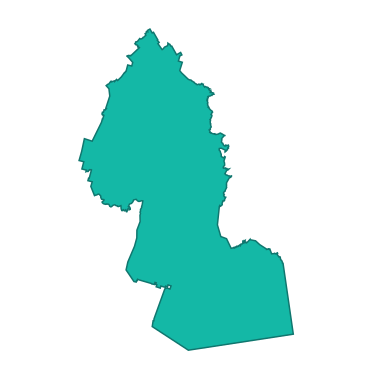 Meander Valley, Tasmania, Australia, rotated 276°
{"feature_id": "25037944B18161391001525", "entity_name": "Meander Valley", "entity_type": "district", "adm_level": 2, "iso_a3": "AUS", "parent_name": "Australia", "parent_adm1": "Tasmania", "projection": "orthographic", "projection_center": [146.595, -41.65], "detail": "fine", "context": "isolated", "style": "filled", "palette": "teal", "viewbox_px": 384, "rotation_deg": 276, "n_neighbors": 0, "source": "geoboundaries", "source_scale": "gbopen_adm2", "svg_char_len": 6083}
<svg xmlns="http://www.w3.org/2000/svg" viewBox="0 0 384 384"><g transform="rotate(276 192 192)"><path d="M251.0,219.2L251.8,218.6L251.8,217.9L252.9,215.9L252.9,215.4L253.6,214.3L253.2,213.1L252.4,212.2L251.7,209.8L251.7,209.3L252.4,208.7L252.3,208.2L251.9,208.2L252.6,204.5L253.0,204.6L253.2,203.4L254.2,203.6L255.5,202.6L256.2,203.7L257.3,203.5L258.7,204.3L261.0,203.3L261.6,203.6L262.0,203.1L264.1,202.7L264.8,203.0L266.0,202.3L266.8,203.1L267.6,202.9L268.1,203.4L269.0,203.7L270.4,203.8L271.0,202.8L272.5,203.5L272.9,203.4L273.6,204.1L274.6,203.5L275.4,202.0L277.0,200.3L277.5,200.2L278.0,199.3L278.3,199.7L280.1,198.4L281.2,198.5L281.5,198.1L282.7,198.4L284.5,197.4L284.7,197.8L285.6,197.4L285.7,197.8L286.9,197.6L287.1,198.1L288.0,198.3L288.5,197.8L288.8,198.1L289.6,200.5L290.4,201.4L290.3,201.8L291.0,201.9L291.5,203.5L291.9,203.1L292.5,203.2L292.9,202.3L292.9,199.7L293.6,199.8L293.7,200.4L294.0,200.5L294.7,199.5L295.2,199.9L295.5,198.1L296.6,197.8L296.7,198.1L296.9,197.4L297.5,197.2L297.4,196.2L297.9,196.0L297.8,195.5L298.3,194.3L297.7,193.5L299.8,191.8L300.3,191.9L300.2,191.3L301.0,190.4L300.7,189.8L300.0,189.8L299.4,188.6L300.1,187.7L299.3,186.3L299.4,185.2L299.8,185.1L300.7,183.1L301.5,182.5L301.5,182.0L302.3,180.9L302.4,180.1L303.2,179.4L303.3,177.6L303.8,176.4L309.5,169.0L311.5,167.1L320.0,168.8L320.8,164.8L326.0,165.7L327.3,167.6L329.6,166.1L326.9,162.3L335.0,156.6L334.9,155.6L336.5,154.6L336.8,154.0L336.1,154.8L337.5,152.5L336.0,152.6L334.9,152.3L333.2,149.5L331.4,148.4L330.5,147.4L336.0,142.6L337.4,143.7L339.1,141.7L339.7,142.1L346.8,137.0L346.0,135.8L349.7,133.1L348.0,130.8L346.8,131.2L347.0,130.5L346.6,129.8L345.5,130.0L344.6,128.8L343.1,129.7L340.0,127.0L340.2,126.9L339.5,126.4L338.8,125.2L338.8,124.8L339.2,124.0L336.2,122.1L335.6,121.3L335.5,120.5L335.1,120.2L334.2,120.3L333.5,119.7L332.5,120.9L332.6,121.8L332.0,122.4L330.9,122.8L331.9,123.7L330.6,123.2L330.0,124.5L321.0,116.8L321.4,116.1L320.9,115.3L321.2,114.5L320.5,113.3L320.7,112.6L318.9,115.0L314.7,119.5L311.0,118.9L311.6,114.8L305.1,113.8L305.1,113.5L303.5,112.6L303.6,112.3L299.2,109.8L295.1,106.4L296.1,105.2L293.8,103.5L294.4,103.2L293.0,100.2L293.7,99.9L293.5,99.6L290.8,98.0L290.2,96.8L288.8,95.5L286.0,98.6L278.8,100.2L266.2,97.5L266.1,98.1L264.5,97.1L264.6,96.0L262.0,95.6L262.0,94.6L260.1,94.3L259.7,95.2L259.2,95.1L259.0,96.3L255.0,95.5L255.1,95.2L251.9,94.7L232.1,87.4L233.8,79.4L220.7,78.0L211.5,76.4L210.8,81.2L203.4,80.1L202.7,84.6L201.1,84.4L201.4,85.0L201.6,86.6L202.3,87.0L202.6,86.8L202.8,87.3L203.5,87.8L203.3,88.2L203.7,89.2L203.5,89.7L194.8,88.3L194.9,87.7L192.4,87.3L191.7,91.7L187.0,90.8L178.2,95.4L178.9,96.7L179.1,97.6L179.8,98.4L180.2,99.6L178.6,101.6L176.9,101.9L175.4,102.8L175.2,105.2L174.3,105.2L172.6,103.6L171.9,104.0L171.1,105.1L170.7,107.2L171.1,107.9L170.9,108.5L171.1,109.2L171.1,108.4L171.2,108.7L171.1,110.4L170.8,110.8L169.2,111.7L168.7,112.9L169.2,113.7L170.6,114.9L171.2,116.6L170.4,118.1L170.5,119.1L169.9,119.6L169.8,120.3L171.0,122.7L167.8,123.3L166.2,124.1L166.1,124.5L167.2,125.6L166.2,126.6L167.3,127.8L165.7,128.6L165.5,129.2L166.5,129.6L168.1,129.7L168.7,130.3L168.3,131.5L167.8,131.5L168.3,132.4L169.5,132.2L170.7,131.4L170.5,130.5L170.7,130.2L173.5,131.1L174.3,133.0L176.2,134.3L178.0,134.7L178.9,137.2L177.6,138.6L177.1,139.7L177.2,140.8L178.1,143.0L178.0,144.0L174.0,143.8L172.2,143.4L171.7,143.6L170.4,143.2L169.4,142.6L167.2,142.8L166.6,142.4L165.3,143.0L163.4,142.7L157.2,143.5L148.3,141.2L140.6,141.9L132.0,140.5L115.7,135.5L107.6,134.6L96.9,143.6L96.6,145.9L98.2,146.2L98.1,146.8L99.5,147.0L99.0,148.8L96.8,161.0L96.4,161.4L96.1,164.3L98.2,164.6L98.0,165.9L96.3,165.5L96.1,166.7L94.0,166.3L93.1,170.5L95.2,170.8L94.4,175.4L95.6,175.6L95.2,177.6L97.1,177.9L96.4,181.0L93.2,180.2L93.9,177.0L92.8,175.1L62.0,167.5L59.9,167.5L59.9,166.8L54.0,166.5L34.3,204.9L61.2,307.6L130.6,290.0L130.8,289.4L131.1,289.5L133.0,288.5L133.6,288.0L133.8,287.3L136.6,286.5L136.7,285.9L136.5,285.3L137.1,285.0L137.4,284.4L139.2,282.9L139.7,283.6L140.4,283.3L139.2,281.3L139.7,280.5L139.3,280.0L138.9,277.6L143.2,275.5L142.9,275.0L143.2,274.7L143.2,274.1L143.5,274.3L143.5,273.7L143.0,273.5L142.7,272.2L143.0,272.2L146.7,264.9L150.1,260.3L150.6,254.8L151.0,254.7L147.9,252.4L147.9,252.0L147.3,250.6L147.6,250.6L147.6,250.1L147.8,250.3L147.7,250.5L148.0,250.3L148.4,250.6L148.1,250.3L148.0,249.9L148.1,249.6L148.6,249.5L148.3,249.9L148.9,249.9L148.6,249.3L148.9,249.4L148.3,248.7L148.7,248.5L148.6,247.7L147.3,247.8L147.7,248.3L147.3,248.2L147.2,248.5L147.8,248.7L147.5,248.8L147.7,249.4L147.1,249.4L146.7,248.8L147.0,248.5L146.7,248.5L145.6,247.3L145.4,246.3L143.9,245.8L144.6,245.4L142.5,242.9L142.7,242.3L142.4,242.1L142.3,242.6L142.0,241.8L141.6,241.5L141.5,241.0L141.8,241.2L141.7,241.3L142.1,241.4L141.3,240.4L141.2,239.8L141.4,239.6L140.9,239.0L140.7,239.2L140.7,238.6L140.1,236.8L149.2,231.2L150.7,225.3L162.0,220.7L180.6,220.7L181.5,221.1L180.8,221.8L181.9,223.0L182.6,223.4L183.8,223.1L185.6,223.6L186.0,223.4L186.6,224.0L186.4,224.6L186.5,224.9L187.3,225.3L187.8,225.1L190.3,226.1L190.5,224.8L191.4,224.4L191.4,224.1L192.3,223.8L193.1,224.3L193.6,223.6L194.4,223.4L195.2,223.7L196.4,224.9L197.0,224.8L200.2,226.0L200.7,225.7L202.1,225.7L202.7,225.4L203.4,225.6L204.6,225.3L209.9,227.6L210.7,229.0L212.0,229.6L212.2,230.2L212.2,229.6L211.7,228.9L211.9,227.4L211.8,226.6L212.5,225.1L212.4,224.3L213.5,223.2L213.6,222.8L217.2,224.3L217.8,225.6L218.7,226.3L218.2,225.0L219.0,224.3L219.1,223.5L218.7,223.2L219.4,222.7L219.1,221.9L219.3,221.3L219.0,221.0L219.3,220.5L220.4,220.6L222.1,221.7L224.3,221.3L226.1,220.5L230.3,221.4L230.7,220.7L229.7,220.3L229.2,219.8L230.4,217.4L232.7,217.1L233.6,216.5L235.5,215.8L236.6,214.6L238.1,214.6L238.6,216.4L237.2,220.6L236.0,220.9L235.8,220.6L235.3,220.7L236.5,221.9L237.3,222.1L237.6,222.8L239.3,222.9L239.2,223.4L239.5,223.7L240.2,223.3L241.1,223.8L242.4,223.3L242.0,222.5L242.1,220.7L241.4,220.8L241.2,219.6L242.3,218.2L243.7,217.5L244.0,216.7L244.5,216.1L247.4,216.2L247.8,215.8L248.2,215.9L250.2,217.3L251.3,217.7L251.5,218.6L251.0,219.2Z" fill="#14b8a6" stroke="#0f766e" stroke-width="1.5"/></g></svg>